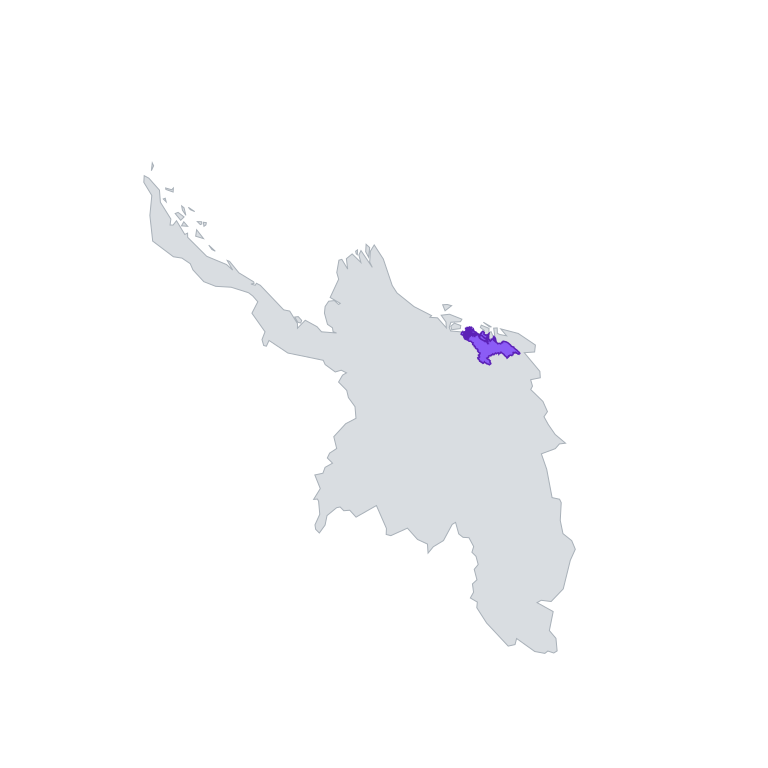 location of Mrauk-U, Rakhine, Myanmar, rotated 142°
{"feature_id": "60261553B1263911264167", "entity_name": "Mrauk-U", "entity_type": "district", "adm_level": 2, "iso_a3": "MMR", "parent_name": "Myanmar", "parent_adm1": "Rakhine", "projection": "mercator", "projection_center": [93.425, 20.429], "detail": "fine", "context": "in_parent", "style": "filled", "palette": "violet", "viewbox_px": 768, "rotation_deg": 142, "n_neighbors": 0, "source": "geoboundaries", "source_scale": "gbopen_adm2", "svg_char_len": 9825}
<svg xmlns="http://www.w3.org/2000/svg" viewBox="0 0 768 768"><g transform="rotate(142 384 384)"><path d="M494.5,354.9L487.1,351.3L481.7,354.6L473.3,353.3L474.2,360.6L469.4,363.0L461.0,362.3L456.0,373.4L438.6,376.3L427.2,374.2L420.8,384.0L420.4,395.2L417.3,401.9L418.6,413.5L411.2,416.5L406.7,415.9L409.2,421.2L415.0,423.5L418.4,435.5L417.3,440.1L440.7,467.6L447.8,489.1L453.4,486.2L455.1,488.4L452.8,494.1L445.6,498.4L444.5,521.1L432.8,526.5L433.2,534.1L434.6,539.4L444.9,554.4L456.5,564.6L463.0,575.6L464.3,591.5L462.6,598.1L465.7,607.6L471.6,613.9L478.3,639.0L464.7,661.0L450.9,675.5L449.1,690.8L444.7,695.8L442.6,691.0L441.6,675.0L448.3,664.9L450.4,645.2L454.7,641.0L452.4,639.1L447.0,640.4L448.9,624.5L445.9,623.8L448.4,620.5L445.1,593.8L434.5,575.0L433.1,566.9L431.5,577.9L430.2,575.7L429.9,560.9L423.8,544.7L424.4,543.3L427.3,544.7L424.7,541.1L422.5,541.9L420.7,537.9L417.4,504.2L413.4,499.5L415.0,484.9L417.9,481.2L406.8,482.7L401.5,470.4L401.1,463.6L390.0,453.4L391.9,456.6L390.0,460.0L391.8,465.8L387.3,476.5L382.7,481.3L376.6,483.3L371.8,480.3L370.8,474.6L368.8,474.5L373.2,485.3L355.2,494.5L352.6,500.9L343.3,509.3L340.5,508.2L341.9,496.9L336.5,505.9L329.0,506.1L327.4,494.0L324.4,501.1L320.0,503.3L321.4,483.1L320.2,488.9L313.0,497.0L306.1,499.6L307.6,482.9L316.9,456.5L317.7,447.7L312.7,426.5L304.4,408.6L306.8,408.3L301.1,403.2L300.3,389.9L297.0,394.7L296.6,403.0L289.5,398.7L282.7,387.1L285.4,386.0L293.3,391.5L297.7,388.5L298.8,384.7L286.5,373.3L289.5,368.7L285.5,368.8L274.9,363.3L272.0,364.3L273.3,369.2L271.1,370.5L267.0,363.2L270.0,359.5L267.4,359.4L269.1,352.8L268.1,351.9L263.2,360.5L260.3,358.5L263.5,354.1L262.2,351.6L257.7,346.5L258.1,355.6L247.1,341.2L240.7,321.5L245.6,316.5L254.2,322.3L253.4,298.0L257.0,292.7L265.8,297.1L268.3,290.9L271.8,289.3L269.5,272.4L272.2,261.6L278.1,259.7L279.5,250.9L280.2,238.9L277.4,225.6L282.7,228.8L288.8,227.6L303.0,232.1L308.3,216.6L321.5,191.0L316.6,185.1L317.4,181.4L329.1,168.0L335.1,155.9L332.5,145.0L335.0,136.0L345.7,130.4L368.9,112.2L386.2,109.7L393.3,116.8L398.0,117.5L390.8,100.5L405.5,87.9L405.1,77.7L411.9,67.1L415.8,67.5L419.3,72.7L423.1,72.7L429.9,80.4L436.2,101.8L441.2,98.0L447.5,101.0L450.3,132.4L448.6,150.6L444.7,154.7L447.7,162.2L441.6,164.8L437.4,172.0L431.3,172.5L427.0,182.4L420.9,183.8L417.6,191.5L418.3,197.3L413.4,200.7L411.7,210.6L416.1,214.5L417.4,219.8L412.8,230.9L416.7,231.4L433.5,224.0L445.3,225.4L453.4,223.6L448.3,231.1L453.3,240.9L454.3,256.0L472.0,260.3L474.9,264.1L471.0,268.7L464.8,292.9L488.0,296.3L488.7,305.6L493.7,308.9L494.3,314.1L497.5,315.7L509.9,315.4L517.3,309.1L526.7,306.4L527.3,311.6L525.1,315.5L514.8,320.9L507.7,331.9L507.3,334.3L510.5,336.4L498.6,340.8L494.5,354.9ZM289.8,380.7L297.2,385.1L295.8,388.4L291.1,388.6L287.5,382.8L289.8,380.7ZM436.7,609.7L441.4,616.4L436.7,620.9L436.7,609.7ZM289.0,410.3L285.2,407.7L282.5,404.1L290.8,404.1L289.0,410.3ZM443.4,638.2L443.6,646.9L440.6,646.0L438.7,638.7L443.4,638.2ZM317.0,499.5L312.1,505.1L311.3,500.3L318.1,493.3L317.0,499.5ZM413.1,491.7L410.1,489.9L409.7,484.8L412.1,483.3L413.9,485.8L413.1,491.7ZM433.8,648.9L433.1,646.0L436.3,638.9L435.8,645.1L433.8,648.9ZM432.0,665.1L436.1,671.6L435.4,672.9L431.7,667.8L429.3,668.1L432.0,665.1ZM446.2,633.3L441.9,635.1L441.6,629.1L446.2,633.3ZM436.0,695.3L430.5,700.9L431.2,697.8L436.0,695.3ZM265.7,364.1L267.7,371.5L264.2,362.8L265.7,364.1ZM436.8,595.9L436.6,601.3L435.2,592.5L436.8,595.9ZM282.7,369.4L283.4,374.0L280.1,367.4L282.7,369.4ZM431.1,626.9L427.9,624.2L429.0,622.3L430.6,622.7L431.1,626.9ZM428.8,619.1L426.8,622.7L424.7,620.5L426.4,619.0L428.8,619.1ZM429.3,640.6L429.4,643.7L427.0,636.4L429.3,640.6ZM324.6,506.1L322.3,506.0L325.4,502.3L325.7,503.7L324.6,506.1ZM444.0,665.7L442.0,665.1L443.5,661.6L444.0,665.7Z" fill="#d9dde1" stroke="#a8b0b8" stroke-width="1"/><path d="M258.4,324.4L258.1,324.5L257.9,325.8L258.2,326.3L258.4,328.7L259.0,330.7L259.3,332.7L259.0,333.2L260.4,335.2L260.3,336.6L260.9,339.9L261.8,342.0L263.7,344.3L264.1,344.4L265.1,343.6L265.6,344.4L267.3,343.8L268.2,345.2L269.6,345.7L269.6,348.1L269.9,348.2L270.1,348.3L270.0,348.8L270.2,349.0L270.7,351.2L270.6,351.5L269.4,351.7L269.9,352.6L270.9,352.6L271.9,353.3L272.5,352.6L273.2,352.7L273.2,352.4L274.1,352.3L273.6,354.5L274.0,355.1L273.8,355.7L273.1,355.9L273.1,356.6L272.3,356.9L271.6,358.3L271.1,358.2L270.2,359.1L272.4,359.0L273.4,358.3L273.8,357.4L275.0,357.1L274.2,356.3L274.2,356.2L274.7,355.0L274.9,354.7L276.0,354.5L275.8,353.5L277.2,352.3L277.1,351.7L277.3,351.8L277.5,351.3L277.4,352.4L276.2,354.0L276.3,354.4L277.4,354.3L277.4,355.1L277.9,355.2L277.7,356.0L278.5,356.1L280.1,359.8L280.4,361.7L280.0,361.8L280.0,363.0L279.2,362.8L279.0,363.3L280.4,366.7L281.5,367.5L281.7,367.2L281.2,366.7L281.0,366.1L281.0,365.8L281.2,365.7L282.2,365.7L282.8,366.3L283.4,365.8L284.4,366.1L283.7,366.0L283.0,366.6L283.3,367.1L284.0,367.1L283.2,367.4L283.5,368.3L284.4,367.8L284.2,368.4L285.4,368.4L284.2,368.9L284.7,369.6L285.8,368.8L287.1,368.5L289.5,368.7L289.6,366.8L289.7,368.0L290.8,368.5L289.7,368.7L289.9,369.2L291.5,370.1L292.4,370.1L292.0,368.7L291.0,367.0L290.6,365.3L289.2,364.2L289.1,362.6L288.5,361.7L289.1,361.5L289.2,360.9L289.8,360.5L289.1,358.6L289.8,357.9L289.2,357.2L289.8,355.9L289.5,355.2L289.6,354.8L288.8,354.0L289.1,352.8L289.9,352.5L289.9,350.4L289.2,349.2L290.7,348.3L291.7,348.7L292.2,348.0L291.8,347.5L292.2,346.9L292.1,346.5L293.5,346.3L294.0,346.8L294.4,345.9L294.0,344.7L294.6,343.1L293.8,342.3L294.1,341.4L293.9,340.9L293.4,340.7L293.3,339.3L292.7,339.2L291.3,339.6L291.4,339.1L290.8,338.0L290.7,336.9L289.2,334.8L289.2,334.3L287.5,334.2L287.1,334.5L287.0,336.3L286.1,336.8L286.4,337.8L286.2,338.8L287.1,340.0L287.1,341.1L285.0,340.7L284.6,341.5L283.6,341.5L282.5,340.4L281.6,340.9L281.3,340.5L280.9,340.7L280.4,340.4L279.7,340.7L279.4,339.4L277.2,339.8L276.9,338.7L275.9,338.7L274.7,338.1L275.1,336.9L274.5,337.2L273.6,336.7L272.7,337.3L272.1,336.9L272.0,335.7L271.2,333.3L271.5,332.6L270.9,329.7L271.1,328.6L269.5,328.7L269.4,329.2L268.5,329.5L268.1,328.9L267.2,329.2L266.6,328.9L265.8,327.7L265.0,328.0L264.4,327.7L262.9,328.9L262.8,329.3L262.4,329.1L262.3,328.3L261.9,328.0L261.8,328.4L260.8,328.1L260.4,327.3L260.6,326.7L260.1,326.2L260.0,325.1L259.6,325.0L259.4,324.5L258.8,324.9L258.4,324.4ZM276.2,358.7L275.9,357.2L275.4,356.9L275.3,356.6L274.8,356.4L275.0,357.1L273.8,357.4L273.5,358.2L272.6,359.0L273.3,359.9L274.1,360.0L274.1,360.8L274.6,361.8L273.3,362.8L273.6,364.7L275.4,364.7L276.2,363.9L276.3,363.2L276.2,364.4L278.1,363.5L276.9,361.8L276.6,358.8L276.2,358.7ZM277.3,354.5L276.1,354.5L275.5,355.2L275.4,355.5L275.7,355.5L275.8,356.1L275.4,356.8L276.0,357.0L276.7,358.7L277.0,361.7L278.3,363.4L279.0,365.5L279.2,364.8L278.9,362.9L280.2,361.3L279.7,359.2L278.4,356.2L277.8,356.2L277.5,355.6L277.8,355.3L277.3,355.2L277.3,354.5ZM282.1,368.9L280.7,367.1L279.7,366.8L279.5,367.2L279.9,368.0L279.6,368.2L280.7,370.2L281.0,372.8L281.8,373.6L282.7,373.8L283.4,374.8L283.6,373.9L283.2,373.7L282.9,371.7L282.5,371.4L282.2,371.6L282.3,371.3L283.1,371.5L283.4,370.5L283.1,369.9L283.8,370.2L284.1,369.6L284.0,368.6L282.1,368.9ZM289.6,370.2L288.9,370.0L288.8,370.4L288.3,370.6L287.4,370.3L287.1,371.9L285.8,373.2L286.1,374.0L286.0,375.5L285.7,376.0L286.6,375.7L287.4,373.3L288.8,372.4L288.4,371.9L288.4,371.6L289.6,370.6L290.6,370.7L291.4,370.2L289.6,370.2ZM270.5,351.3L269.9,348.8L270.0,348.4L269.7,348.2L268.1,351.4L268.1,353.8L269.5,353.1L269.3,351.9L269.5,351.5L270.5,351.3ZM291.4,374.0L289.7,374.6L289.6,376.0L290.2,376.8L291.3,376.7L292.6,375.7L292.1,374.4L291.4,374.0ZM292.0,370.5L291.4,370.2L290.6,370.8L290.5,371.2L291.0,371.5L290.9,371.7L290.6,371.9L290.9,371.9L290.9,372.0L290.8,372.8L290.5,373.1L289.7,373.3L289.3,373.1L289.9,374.0L291.7,373.8L291.9,372.0L292.3,371.5L292.0,370.5ZM286.0,371.3L287.7,369.6L288.1,369.0L286.6,369.1L285.8,370.0L284.6,370.2L284.2,371.4L284.8,371.6L284.9,371.1L285.8,371.2L286.0,371.3ZM289.6,374.1L289.1,372.8L288.8,372.8L288.8,373.2L288.6,373.6L288.2,374.4L288.1,374.6L287.2,374.7L287.2,375.2L289.1,375.7L289.6,374.1ZM285.2,375.6L285.7,374.4L285.4,373.5L284.4,374.2L283.8,375.2L283.9,375.6L283.3,375.3L283.5,376.5L284.6,376.6L284.3,376.0L285.0,375.4L285.2,375.6ZM290.4,371.7L290.3,371.2L290.6,370.8L289.8,370.7L288.5,371.8L289.0,372.4L287.4,373.7L287.1,374.6L288.1,374.5L288.7,372.8L289.0,372.6L289.1,372.8L289.2,372.3L290.1,371.7L290.3,371.8L290.0,371.5L290.4,371.7ZM281.2,374.3L280.0,374.5L280.2,375.1L281.2,375.5L281.5,376.3L282.2,376.2L283.0,376.8L282.7,375.4L281.2,374.3ZM289.7,369.6L289.3,369.3L288.5,369.3L287.8,370.0L288.5,370.5L289.0,369.9L290.2,370.2L290.7,369.9L289.7,369.6ZM275.5,355.7L275.2,355.4L275.5,354.7L274.7,355.0L274.3,356.3L274.6,356.5L274.7,356.4L275.0,356.4L275.5,356.6L275.7,355.5L275.5,355.7ZM290.9,371.7L290.4,371.2L290.5,371.6L290.3,371.9L290.0,371.8L290.1,372.1L289.3,372.2L289.3,372.9L290.4,373.1L290.8,372.6L290.5,371.8L290.9,371.7ZM285.0,371.2L284.9,371.6L284.4,371.8L284.5,372.5L284.9,372.2L285.4,372.4L285.9,371.8L285.9,371.4L285.0,371.2ZM285.3,373.2L285.5,372.6L284.8,372.3L284.2,373.2L284.7,373.8L285.3,373.2ZM282.6,368.1L283.0,367.7L282.9,366.7L282.5,367.4L281.7,367.9L282.6,368.1ZM282.8,366.3L281.5,365.8L281.9,366.4L282.0,366.7L282.4,366.9L282.5,367.1L282.8,366.3ZM285.0,369.8L285.9,369.6L286.3,368.9L285.9,368.8L285.0,369.8ZM281.7,367.0L281.7,366.2L281.1,365.8L281.2,366.6L281.7,367.0ZM285.4,377.7L285.8,377.2L285.6,376.9L284.9,377.2L284.9,377.5L285.4,377.7ZM281.7,367.8L282.1,367.6L282.6,367.2L281.9,366.8L281.7,367.8ZM283.1,375.3L282.3,374.6L281.6,374.4L282.6,375.2L283.1,375.3ZM283.0,368.5L283.3,368.2L283.1,367.9L282.6,368.4L283.0,368.5ZM289.8,368.4L290.2,368.4L289.8,368.1L289.8,368.4ZM290.2,369.5L289.6,369.2L289.7,369.5L290.2,369.5ZM279.7,372.6L279.9,372.6L279.8,372.3L279.7,372.6ZM284.4,377.7L284.1,377.4L284.4,377.7ZM288.9,377.2L289.2,377.3L289.1,377.2L288.9,377.2Z" fill="#8b5cf6" stroke="#5b21b6" stroke-width="1.5"/></g></svg>